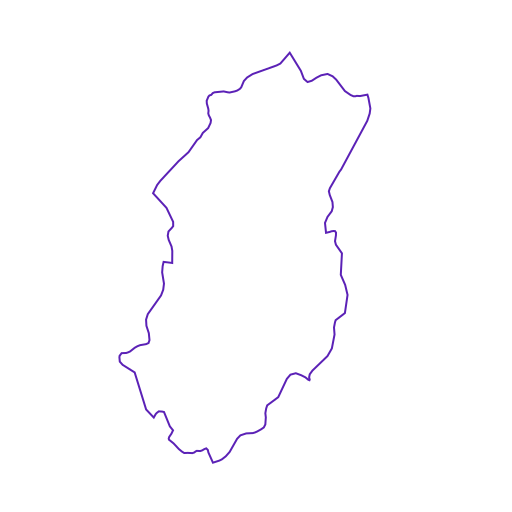 the border of Berat, rotated 246°
{"feature_id": "ALB-1523", "entity_name": "Berat", "entity_type": "County", "adm_level": 1, "iso_a3": "ALB", "parent_name": "Albania", "parent_adm1": "", "projection": "albers", "projection_center": [20.072, 40.618], "detail": "fine", "context": "isolated", "style": "outline", "palette": "violet", "viewbox_px": 512, "rotation_deg": 246, "n_neighbors": 0, "source": "natural_earth", "source_scale": "10m", "svg_char_len": 2299}
<svg xmlns="http://www.w3.org/2000/svg" viewBox="0 0 512 512"><g transform="rotate(246 256 256)"><path d="M214.9,88.6L219.0,90.0L220.3,90.8L221.9,93.7L220.2,98.0L220.0,99.8L220.0,102.1L221.5,107.9L221.8,111.0L221.7,113.8L220.2,119.7L220.2,122.4L222.5,124.5L229.1,126.7L236.8,127.5L242.6,129.7L246.9,133.5L258.6,153.2L262.9,157.5L268.2,160.7L279.2,163.6L284.7,166.6L288.2,169.2L283.7,176.6L294.7,181.6L299.0,182.7L306.2,182.8L310.4,183.6L314.0,186.0L316.0,190.7L317.0,192.5L320.9,194.2L336.4,193.8L355.2,187.5L361.1,194.6L363.6,199.2L374.1,223.8L378.3,236.6L385.9,249.3L387.1,253.5L390.1,257.5L392.3,264.3L396.0,268.6L398.5,270.2L401.2,270.3L403.6,270.1L405.7,270.4L407.9,271.7L409.9,272.3L415.3,273.1L417.9,274.1L421.0,277.4L421.6,278.8L421.4,280.7L422.4,282.7L422.4,284.7L419.5,293.4L417.1,296.7L416.1,298.3L415.0,303.7L414.8,306.1L415.2,309.1L416.1,311.1L420.8,316.1L422.7,320.5L423.6,326.9L421.7,352.3L421.9,356.5L428.0,369.5L406.9,372.3L398.4,371.8L394.0,373.8L393.4,378.2L394.3,383.8L394.6,389.0L393.2,395.4L389.0,399.1L384.5,401.0L370.5,404.3L364.6,407.9L362.3,410.0L361.5,411.8L361.3,413.2L359.8,416.1L358.1,423.4L354.7,423.0L344.3,420.5L339.9,417.8L334.2,412.6L300.4,368.9L299.1,366.5L287.9,351.1L285.5,348.9L281.8,348.2L274.2,347.8L269.4,346.1L266.1,343.4L262.7,337.3L258.2,332.5L248.7,329.4L248.0,333.2L247.9,334.9L247.3,337.0L246.6,338.3L244.8,338.6L242.3,337.4L237.4,334.2L233.8,333.6L223.5,335.6L204.3,325.8L193.3,325.7L183.2,323.8L167.7,314.0L165.0,302.7L163.3,301.2L159.0,298.2L152.3,295.8L140.7,287.7L135.5,280.6L128.4,261.0L126.1,257.0L123.6,255.2L121.3,254.8L120.8,254.3L121.7,253.4L125.0,251.8L128.7,248.8L132.7,244.7L133.6,239.2L131.2,234.2L118.0,218.9L115.0,205.5L112.6,203.3L108.6,200.6L104.5,199.3L98.3,196.0L96.2,193.4L95.6,190.2L95.2,185.8L95.2,183.2L95.5,181.1L97.9,174.9L98.5,168.8L96.7,164.4L87.7,152.2L85.3,146.9L84.1,142.1L84.0,139.3L84.7,132.6L95.9,132.6L98.3,133.1L100.5,132.3L100.6,130.2L100.3,127.8L100.5,125.7L102.1,122.6L102.0,121.3L101.6,119.6L101.8,117.7L103.9,113.6L105.2,110.3L107.4,108.8L111.0,107.0L118.3,104.5L123.6,101.8L124.7,102.0L126.0,103.1L128.1,106.5L130.5,109.3L135.4,108.0L150.9,108.5L152.1,106.9L153.6,104.0L153.0,101.5L152.4,100.1L150.0,96.9L160.5,93.2L199.0,97.8L210.8,89.9L214.9,88.6Z" fill="none" stroke="#5b21b6" stroke-width="2"/></g></svg>